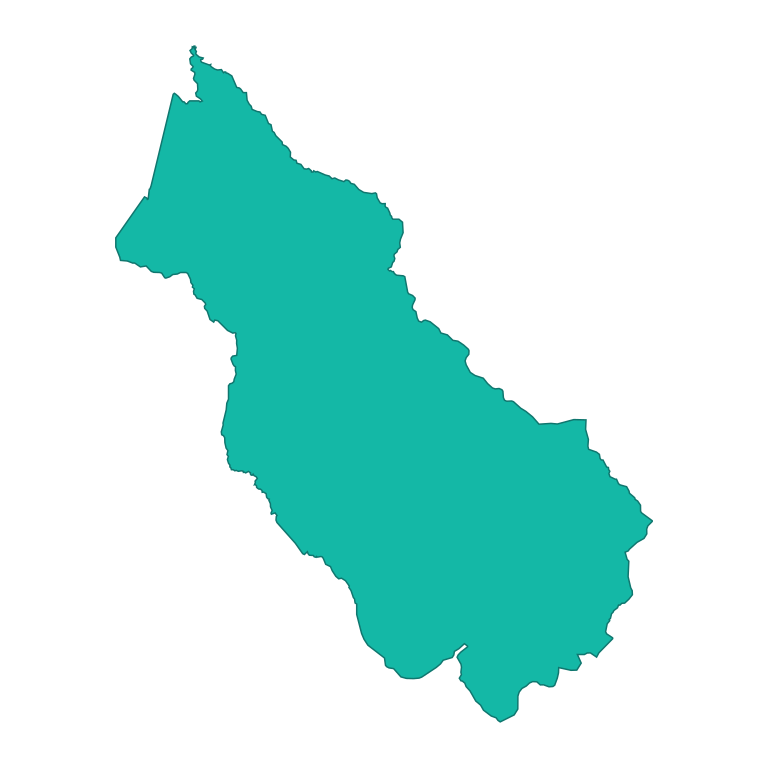 Maynas, Loreto, Peru (Robinson projection)
{"feature_id": "86281439B40534422566691", "entity_name": "Maynas", "entity_type": "district", "adm_level": 2, "iso_a3": "PER", "parent_name": "Peru", "parent_adm1": "Loreto", "projection": "robinson", "projection_center": [-74.266, -2.675], "detail": "fine", "context": "isolated", "style": "filled", "palette": "teal", "viewbox_px": 768, "rotation_deg": 0, "n_neighbors": 0, "source": "geoboundaries", "source_scale": "gbopen_adm2", "svg_char_len": 6069}
<svg xmlns="http://www.w3.org/2000/svg" viewBox="0 0 768 768"><path d="M459.3,678.2L460.9,680.8L462.4,681.1L464.8,683.1L466.1,686.6L470.0,690.9L475.8,701.1L480.6,705.1L483.5,710.2L491.2,716.0L496.1,717.8L498.0,720.4L500.2,721.9L514.2,714.9L517.8,709.1L517.9,696.1L519.2,692.0L522.0,688.4L526.3,686.0L529.5,683.0L532.6,681.6L536.8,681.8L540.3,684.9L543.5,684.8L549.0,686.8L552.9,686.5L554.7,685.2L557.3,678.1L558.5,672.9L558.7,667.6L571.0,670.3L576.8,670.1L581.2,663.1L577.4,654.5L584.4,654.5L587.2,653.0L590.4,652.9L596.6,657.1L598.9,652.8L612.7,638.7L612.6,637.8L606.7,633.9L605.6,631.8L607.2,623.8L609.7,620.7L609.2,619.4L610.4,618.5L611.6,613.6L612.9,612.5L613.9,610.5L617.5,607.8L618.5,605.1L620.0,605.1L621.8,603.3L624.7,603.1L628.9,599.2L632.4,594.7L632.2,590.7L630.7,587.8L628.1,576.7L628.8,561.2L627.1,559.3L625.1,552.2L628.4,550.8L629.2,549.4L637.1,542.3L644.0,538.4L646.8,533.9L646.7,529.0L647.9,525.8L652.2,521.5L652.2,520.7L641.5,512.8L640.6,511.3L640.5,505.2L637.6,501.0L635.1,499.4L634.9,498.1L634.0,497.1L629.5,493.3L629.0,491.0L626.6,486.7L620.1,484.9L618.5,483.7L616.5,479.2L615.2,479.2L610.0,476.7L608.9,473.6L609.8,471.2L608.6,469.5L608.4,467.5L606.6,467.0L603.0,460.0L601.3,460.0L600.1,458.5L599.4,454.4L596.5,452.1L588.6,449.3L587.9,446.2L588.4,439.4L585.6,429.4L586.0,419.9L573.8,419.6L557.4,424.0L551.0,423.4L539.0,424.2L532.6,416.9L525.9,411.4L520.7,408.2L513.5,401.7L511.7,401.0L506.6,401.2L504.5,400.2L503.4,397.6L502.9,391.2L501.9,389.7L499.1,388.5L495.3,388.9L492.5,388.0L487.6,383.6L483.3,378.2L475.0,375.5L470.3,372.4L466.2,364.9L465.1,360.9L466.2,357.6L468.8,354.3L469.0,350.8L468.4,349.3L463.6,345.0L458.0,341.2L452.8,340.3L447.4,334.9L440.9,333.0L438.7,328.6L430.2,321.8L425.4,320.1L423.7,320.5L421.4,322.2L418.6,321.0L417.2,317.9L415.9,311.6L413.0,309.6L412.2,307.4L412.6,304.9L415.0,299.8L415.1,298.1L412.6,295.5L408.7,293.8L407.7,292.3L404.8,276.7L403.2,275.8L396.5,275.2L394.4,273.5L393.4,271.6L391.9,271.6L390.6,270.5L389.5,270.9L387.9,269.4L388.3,268.3L391.3,266.9L392.7,262.5L394.0,261.3L394.8,258.5L393.9,255.9L394.3,254.2L397.0,251.9L397.8,249.5L400.3,247.3L399.7,242.9L400.5,239.1L403.1,232.7L402.5,222.2L398.9,219.2L392.9,219.2L391.7,217.6L391.6,216.4L390.2,214.9L389.9,213.2L387.6,208.1L385.9,207.3L385.1,206.1L385.2,203.6L382.0,203.7L380.1,202.8L377.2,197.8L376.5,193.8L375.4,192.9L371.8,193.6L363.7,192.4L358.8,189.5L354.3,184.3L350.9,183.4L349.5,181.3L347.8,180.3L345.9,180.0L343.9,181.6L338.5,179.9L334.8,178.0L332.0,178.7L329.2,176.0L325.3,175.0L317.3,171.5L315.8,172.0L313.7,170.8L313.1,172.0L311.5,172.0L311.3,170.8L308.7,168.5L306.7,169.1L304.1,168.8L300.9,164.4L296.9,163.2L296.1,160.3L293.7,159.9L290.3,157.0L290.5,152.2L288.2,148.3L286.2,146.3L282.5,144.6L282.1,142.0L275.8,135.7L274.2,132.5L272.4,131.2L271.0,124.7L268.5,123.5L265.2,115.3L261.5,114.3L260.0,112.0L257.1,111.5L252.1,109.4L251.2,106.2L249.2,104.1L247.1,100.2L246.4,92.6L243.2,92.6L240.7,89.1L239.4,88.0L236.7,87.4L231.8,75.9L227.5,73.2L226.2,73.1L225.8,72.1L224.8,71.9L223.5,72.7L221.4,69.6L217.6,70.0L214.7,69.1L211.2,66.7L210.4,65.7L210.7,64.5L209.3,65.0L201.6,62.2L200.8,61.1L200.7,59.7L202.6,59.2L203.2,58.0L199.2,57.0L196.2,54.4L195.7,53.2L196.4,51.5L194.6,48.9L195.5,48.8L196.0,47.4L195.3,47.4L195.0,46.6L194.7,47.1L194.0,46.1L193.3,46.6L193.6,47.4L192.3,46.8L192.1,48.7L190.0,50.5L191.3,53.1L193.6,55.2L193.4,56.0L191.2,57.1L189.8,58.9L190.5,63.8L193.1,66.5L192.7,67.7L191.2,69.0L191.1,70.1L194.7,72.4L194.9,74.2L193.5,78.4L194.1,80.2L197.5,83.7L197.8,89.3L197.3,91.2L195.7,93.0L196.4,96.2L200.4,98.8L202.3,101.0L200.1,101.9L198.9,100.9L189.7,100.9L187.9,102.5L187.6,103.6L185.9,103.8L184.0,101.8L182.7,101.8L178.3,96.4L175.7,94.2L174.3,93.3L173.2,94.3L151.1,185.8L150.0,188.9L149.3,189.3L148.2,198.9L147.3,199.4L146.7,198.0L144.5,196.9L115.8,237.8L115.8,247.1L119.8,257.2L120.5,260.4L127.3,261.0L132.8,263.1L134.6,263.0L140.4,266.9L146.2,266.0L151.3,271.4L153.8,272.3L159.7,272.5L161.7,273.1L164.7,277.7L165.8,278.1L169.7,276.8L172.8,274.5L177.4,274.0L180.5,272.5L186.1,272.5L187.7,273.4L190.5,279.3L190.9,282.6L192.9,285.2L192.4,287.1L194.3,288.7L193.5,291.3L193.9,294.2L195.1,294.9L197.1,298.3L201.8,299.5L205.2,303.0L205.7,304.5L204.4,306.3L204.7,308.4L207.2,311.1L210.0,319.5L213.7,322.1L214.7,320.1L217.8,320.7L227.5,330.4L232.8,333.1L235.1,332.7L236.0,333.4L235.5,335.9L236.7,340.1L236.6,343.6L237.4,348.2L236.7,355.4L232.7,356.1L231.3,357.7L231.0,359.0L233.0,364.2L234.2,366.0L235.5,366.7L235.4,370.5L236.2,374.1L234.2,379.2L233.8,381.7L232.3,383.1L229.9,383.8L228.5,385.7L228.5,399.2L226.8,403.2L226.2,409.9L223.0,423.1L223.2,425.0L221.3,431.8L221.7,434.7L223.5,435.7L224.7,437.7L224.9,442.7L226.1,448.1L227.9,450.6L227.0,454.6L228.4,456.4L227.4,459.5L228.5,463.2L229.9,465.1L229.9,467.0L230.9,467.9L231.4,469.7L233.3,469.7L234.8,470.8L236.2,470.4L238.4,471.3L241.4,470.8L243.1,471.2L243.4,472.3L243.9,472.0L245.7,472.9L248.4,471.4L250.5,472.8L250.3,473.8L251.2,475.1L252.5,475.1L253.1,474.2L254.0,475.6L256.3,476.8L257.3,478.5L255.1,481.1L255.3,482.7L254.5,484.7L255.1,484.5L256.5,485.7L256.6,487.3L257.6,488.3L258.9,489.1L260.4,489.1L262.0,490.5L262.2,492.3L263.6,492.1L266.1,493.6L266.6,497.1L267.7,498.6L269.3,499.2L268.9,500.3L270.4,503.7L270.5,506.8L272.1,510.4L271.0,513.1L271.4,514.2L275.1,512.9L277.0,515.5L276.3,516.5L276.0,520.1L277.0,522.6L295.3,543.2L302.7,553.7L304.4,554.5L307.4,551.7L308.0,553.6L309.3,555.2L313.4,555.5L314.2,556.8L316.2,557.3L316.6,556.5L317.5,557.1L320.9,556.5L322.2,556.9L323.3,558.4L325.7,564.3L330.5,566.6L332.2,570.7L335.8,576.3L338.7,578.8L341.5,578.2L345.5,580.7L349.3,586.1L348.9,587.4L351.0,590.5L353.4,597.6L354.5,598.8L355.1,603.0L356.7,604.0L356.7,614.4L361.6,633.5L364.0,639.2L367.9,645.2L384.5,658.0L385.5,665.3L386.7,666.7L389.0,667.9L393.6,668.6L400.9,676.9L406.4,678.4L413.6,678.6L419.1,678.1L421.7,677.1L436.2,667.5L440.5,663.9L443.2,660.2L452.2,657.5L453.8,655.0L454.4,651.4L458.9,648.7L464.4,643.7L467.5,646.0L467.6,646.8L460.7,652.2L458.2,654.9L457.1,657.2L461.0,664.2L461.5,667.2L460.9,672.2L461.4,674.7L459.3,678.2Z" fill="#14b8a6" stroke="#0f766e" stroke-width="1.5"/></svg>